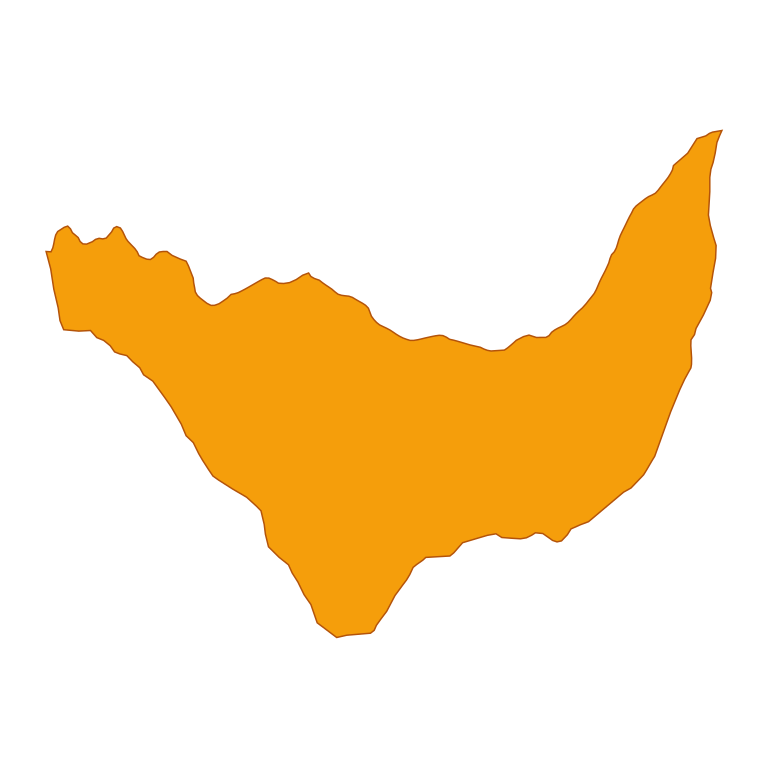 outline of Mendrelgang, Chirang, Bhutan
{"feature_id": "84629894B69504897318329", "entity_name": "Mendrelgang", "entity_type": "district", "adm_level": 2, "iso_a3": "BTN", "parent_name": "Bhutan", "parent_adm1": "Chirang", "projection": "equal_earth", "projection_center": [90.11, 26.956], "detail": "fine", "context": "isolated", "style": "filled", "palette": "amber", "viewbox_px": 768, "rotation_deg": 0, "n_neighbors": 0, "source": "geoboundaries", "source_scale": "gbopen_adm2", "svg_char_len": 3872}
<svg xmlns="http://www.w3.org/2000/svg" viewBox="0 0 768 768"><path d="M336.7,637.5L346.8,635.2L370.5,633.2L374.2,630.3L376.4,625.3L380.6,619.4L386.7,611.3L395.0,595.5L402.8,584.9L406.5,580.0L409.8,574.5L413.1,567.4L416.8,564.4L422.9,560.1L425.8,557.4L449.9,556.0L453.8,552.8L462.6,542.7L479.0,537.8L487.5,535.3L496.0,533.8L501.8,537.5L512.5,538.3L520.5,538.8L526.4,537.8L531.7,535.2L535.4,532.8L542.8,533.5L549.8,538.4L552.5,540.4L557.0,541.9L561.5,540.9L567.3,534.8L571.0,528.9L580.5,524.7L588.5,521.7L603.7,508.9L623.5,492.2L631.0,488.0L643.6,474.8L646.5,470.1L652.1,460.5L654.7,456.3L670.6,411.9L679.8,389.6L684.6,379.3L689.1,371.1L690.9,367.9L691.5,364.3L691.6,358.1L690.8,345.7L691.0,339.8L694.5,334.6L696.0,328.5L703.4,315.0L710.2,300.3L711.7,292.6L710.5,288.4L713.0,272.6L715.6,258.3L716.1,245.5L713.8,238.1L710.3,225.5L708.4,215.0L709.0,205.2L709.8,191.6L709.8,177.3L710.9,169.2L713.1,162.5L715.2,153.1L716.9,142.5L719.6,135.6L721.9,130.5L712.6,132.1L709.4,133.4L705.8,135.9L697.0,138.6L687.7,153.2L673.5,165.5L672.4,170.0L670.4,173.8L668.2,177.3L665.7,180.6L663.1,183.8L660.6,187.0L658.1,190.3L655.4,193.2L652.1,195.0L648.6,196.6L645.4,198.7L642.3,201.1L639.2,203.5L636.1,206.0L633.5,209.0L631.6,212.9L629.6,216.5L627.7,220.3L625.9,224.1L624.0,228.0L622.1,231.8L620.3,235.6L618.8,239.7L617.6,243.9L616.3,248.0L614.4,251.7L611.6,254.7L610.0,258.6L608.8,262.9L607.1,266.7L605.3,270.6L603.4,274.3L601.4,278.1L599.6,281.9L597.9,285.9L596.2,289.8L594.2,293.5L591.7,296.7L589.1,299.9L586.4,303.4L582.4,307.9L579.1,310.8L576.2,313.6L573.5,316.5L570.8,319.6L568.0,322.5L564.9,324.8L561.5,326.5L558.1,328.1L554.7,330.0L551.6,332.3L549.1,335.6L545.9,337.4L542.2,337.4L536.5,337.5L529.0,335.1L523.5,336.6L516.3,340.3L513.6,342.8L510.6,345.4L507.6,347.9L504.4,350.1L491.0,351.0L487.3,350.3L483.8,349.0L480.4,347.3L469.9,344.9L457.8,341.3L453.7,340.2L449.6,339.3L446.4,337.2L442.9,335.6L439.2,335.3L435.6,335.8L431.9,336.5L428.3,337.3L424.7,338.1L421.1,339.0L417.5,339.8L413.8,340.4L410.1,340.4L406.5,339.3L403.0,338.0L399.6,336.3L396.3,334.3L393.1,332.1L389.9,330.0L386.5,328.2L383.1,326.6L379.6,324.9L376.6,322.5L373.8,319.5L371.4,316.2L369.9,312.2L368.4,308.2L365.6,305.3L362.4,303.2L359.0,301.3L355.7,299.4L352.4,297.4L348.9,296.2L345.2,295.8L341.5,295.3L338.0,294.2L334.9,291.8L331.9,289.2L328.7,287.0L325.4,284.8L322.3,282.6L319.3,280.2L314.4,278.5L310.9,276.5L308.6,273.0L302.7,275.2L296.2,279.6L289.6,282.6L283.6,283.5L278.5,283.2L275.7,281.4L272.3,279.6L268.9,278.1L265.2,278.0L261.8,279.6L258.4,281.5L255.1,283.4L251.8,285.3L248.5,287.2L245.1,289.1L241.7,290.9L238.3,292.6L234.8,293.7L231.1,294.4L227.1,298.2L223.3,300.9L219.1,303.7L214.7,305.3L211.0,305.4L206.9,303.3L203.4,300.6L200.3,298.2L197.4,295.5L195.3,291.9L194.6,287.6L193.7,282.9L193.2,278.1L188.4,265.8L186.1,261.2L180.4,259.1L172.1,255.4L167.0,251.5L163.0,251.5L159.3,252.0L156.2,254.2L153.6,257.3L150.4,259.5L146.8,259.2L142.3,257.4L139.0,255.7L137.2,251.8L134.8,248.5L131.4,245.0L128.0,241.4L126.0,238.6L122.6,231.4L120.4,228.0L116.7,226.6L113.7,228.1L111.6,231.9L108.9,235.0L106.2,238.1L102.7,238.9L99.1,238.3L95.5,239.4L92.4,241.7L86.6,244.1L82.9,243.9L80.1,241.5L78.2,237.6L75.3,235.1L72.4,232.7L70.5,228.9L67.7,226.1L64.2,227.3L61.0,229.4L57.7,231.5L55.7,235.0L54.6,239.3L53.8,243.7L52.8,247.9L51.0,251.8L46.1,251.5L50.7,268.9L53.8,289.1L58.2,307.9L60.0,320.6L63.7,329.7L78.8,331.1L90.5,330.5L96.8,337.6L103.7,340.4L110.2,345.7L114.6,351.9L119.7,353.9L126.8,355.6L132.7,361.7L139.8,367.8L143.6,374.8L152.8,381.1L165.0,397.9L171.1,406.7L175.6,414.4L181.3,424.2L186.1,435.7L193.3,442.6L198.7,453.6L202.8,460.6L208.6,469.6L213.0,476.1L218.8,480.2L232.6,489.0L246.6,497.2L256.5,506.2L261.0,510.8L264.2,524.3L265.4,534.1L268.5,546.8L279.1,557.3L288.5,564.8L292.2,573.0L297.9,582.0L304.1,594.7L307.2,599.2L310.9,604.5L317.2,622.8L336.7,637.5Z" fill="#f59e0b" stroke="#b45309" stroke-width="1.5"/></svg>